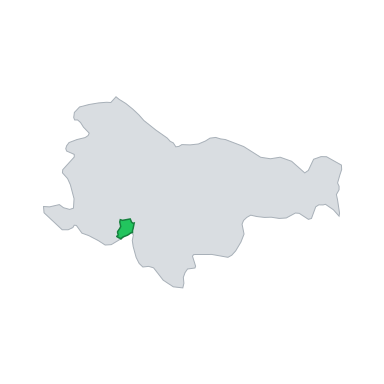 location of Loška dolina within Slovenia, rotated 28°
{"feature_id": "SVN-209", "entity_name": "Loška dolina", "entity_type": "Municipality", "adm_level": 1, "iso_a3": "SVN", "parent_name": "Slovenia", "parent_adm1": "", "projection": "orthographic", "projection_center": [14.485, 45.663], "detail": "fine", "context": "in_parent", "style": "filled", "palette": "green", "viewbox_px": 384, "rotation_deg": 28, "n_neighbors": 0, "source": "natural_earth", "source_scale": "10m", "svg_char_len": 2257}
<svg xmlns="http://www.w3.org/2000/svg" viewBox="0 0 384 384"><g transform="rotate(28 192 192)"><path d="M333.2,144.3L325.2,141.3L315.6,140.2L313.8,141.9L310.0,143.8L308.2,147.0L309.9,159.3L307.6,161.5L296.7,160.5L293.2,162.0L287.4,170.7L281.4,174.4L273.7,177.1L268.0,180.4L260.8,183.2L254.7,184.9L252.3,188.7L250.9,192.9L251.3,196.9L257.7,204.7L258.7,213.2L258.2,223.5L256.8,229.1L254.4,232.8L238.9,237.8L222.9,246.4L222.5,248.4L230.0,255.8L230.3,257.7L224.2,262.1L223.7,266.4L224.4,271.4L227.7,276.4L228.9,281.0L220.0,284.5L208.0,283.4L193.7,277.0L188.7,278.0L183.8,281.3L178.9,279.9L173.4,276.0L165.7,267.8L162.0,262.8L160.4,257.4L158.3,256.6L155.2,258.2L152.5,264.7L145.4,276.4L140.2,279.6L132.2,278.9L121.0,279.0L114.1,280.0L105.6,275.8L103.6,276.6L103.5,279.3L100.4,283.5L95.1,286.3L71.1,279.8L67.7,274.5L73.2,272.0L80.8,265.4L85.9,266.2L92.2,264.8L94.9,261.9L91.0,253.3L81.2,242.7L75.9,238.6L68.6,235.9L67.4,233.0L71.6,216.4L70.4,214.1L62.1,214.7L60.2,213.0L59.6,210.1L60.2,206.1L65.8,199.7L72.1,194.1L73.8,190.9L73.6,188.3L65.7,185.7L61.0,183.0L57.2,182.1L54.6,183.5L52.6,181.8L50.8,177.0L52.8,169.7L60.0,163.1L67.7,157.2L74.4,152.9L78.3,151.1L80.2,143.6L84.1,144.4L91.9,144.9L100.7,146.6L108.8,148.8L116.0,151.5L131.1,154.3L144.8,156.0L149.0,157.5L152.4,157.4L156.5,159.7L159.0,157.9L160.8,154.9L168.2,151.3L175.1,146.6L179.9,140.7L182.6,136.0L187.3,132.7L192.3,131.7L196.9,130.0L216.3,127.6L236.3,129.1L245.7,125.8L253.5,119.9L264.9,118.2L265.5,118.1L282.6,122.2L283.9,119.6L284.6,118.4L284.0,106.0L289.3,100.2L294.2,97.7L311.3,98.1L313.6,101.9L314.6,107.8L316.3,115.7L319.2,117.9L320.8,121.0L320.7,126.5L324.1,130.5L332.2,141.4L333.2,144.3Z" fill="#d9dde1" stroke="#a8b0b8" stroke-width="1"/><path d="M158.4,255.7L157.9,255.9L157.2,256.7L156.0,259.3L155.1,260.7L152.8,263.3L151.9,264.6L151.4,266.3L151.3,266.8L151.2,266.8L151.0,266.7L150.3,266.7L149.7,266.6L149.1,266.8L148.4,266.7L147.4,266.7L146.5,266.6L146.4,266.3L146.9,265.7L146.9,264.8L146.7,264.1L145.5,263.0L144.9,261.9L145.0,261.0L145.3,258.3L145.3,256.0L144.4,254.9L142.3,252.4L141.7,250.1L143.9,249.7L150.1,244.8L152.8,247.0L154.4,247.3L154.8,247.1L155.5,246.5L157.2,252.1L157.4,253.5L158.3,255.4L158.3,255.6L158.4,255.7Z" fill="#22c55e" stroke="#15803d" stroke-width="1.5"/></g></svg>